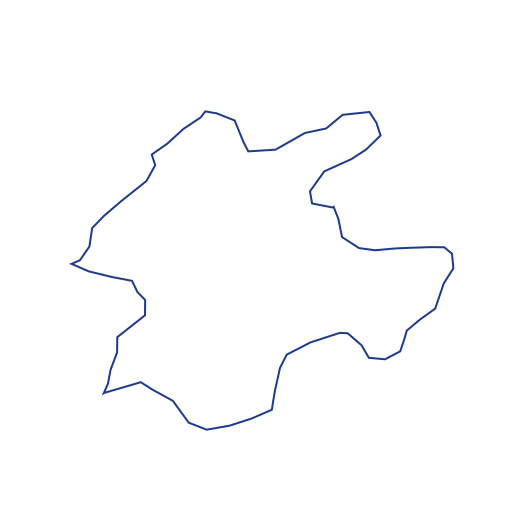 the district of Skövde, Västra Götaland, Sweden, rotated 162°
{"feature_id": "70781695B28625719623637", "entity_name": "Skövde", "entity_type": "district", "adm_level": 2, "iso_a3": "SWE", "parent_name": "Sweden", "parent_adm1": "Västra Götaland", "projection": "natural_earth1", "projection_center": [13.916, 58.441], "detail": "fine", "context": "isolated", "style": "outline", "palette": "blue", "viewbox_px": 512, "rotation_deg": 162, "n_neighbors": 0, "source": "geoboundaries", "source_scale": "gbopen_adm2", "svg_char_len": 1131}
<svg xmlns="http://www.w3.org/2000/svg" viewBox="0 0 512 512"><g transform="rotate(162 256 256)"><path d="M323.8,384.7L323.8,373.5L337.0,361.2L366.8,350.0L388.3,341.1L403.2,333.2L411.5,316.5L424.7,306.4L433.9,305.5L419.7,293.0L399.8,280.7L381.6,270.7L379.9,258.4L375.0,248.4L379.9,233.9L413.0,221.7L417.9,207.2L429.5,192.7L436.1,180.5L443.1,172.6L442.7,172.7L404.6,171.6L396.4,161.6L379.8,143.9L371.5,118.3L356.6,106.1L333.5,102.8L310.4,102.8L288.4,104.9L284.7,112.3L279.5,122.2L267.8,142.1L257.3,152.7L230.8,157.0L200.1,157.0L192.7,154.2L183.2,138.5L180.1,124.3L165.2,117.9L148.3,120.8L140.9,130.7L135.6,138.5L123.2,143.5L119.7,144.9L101.8,150.6L93.3,162.0L85.9,171.9L72.1,183.3L68.9,197.5L74.2,206.1L75.1,206.4L86.9,210.4L109.1,216.8L121.8,220.3L140.8,224.6L155.6,231.7L168.3,247.4L166.2,266.0L167.0,278.8L168.2,278.5L186.4,288.6L184.7,300.8L164.9,315.4L135.1,318.7L118.5,323.2L100.3,332.1L100.3,345.5L103.6,357.9L130.0,363.5L149.9,355.6L171.4,357.9L204.6,351.1L231.0,357.9L232.7,367.9L234.4,391.5L249.3,403.8L259.5,409.2L265.8,404.9L285.7,399.3L305.6,390.3L323.8,384.7Z" fill="none" stroke="#1e3a8a" stroke-width="2"/></g></svg>